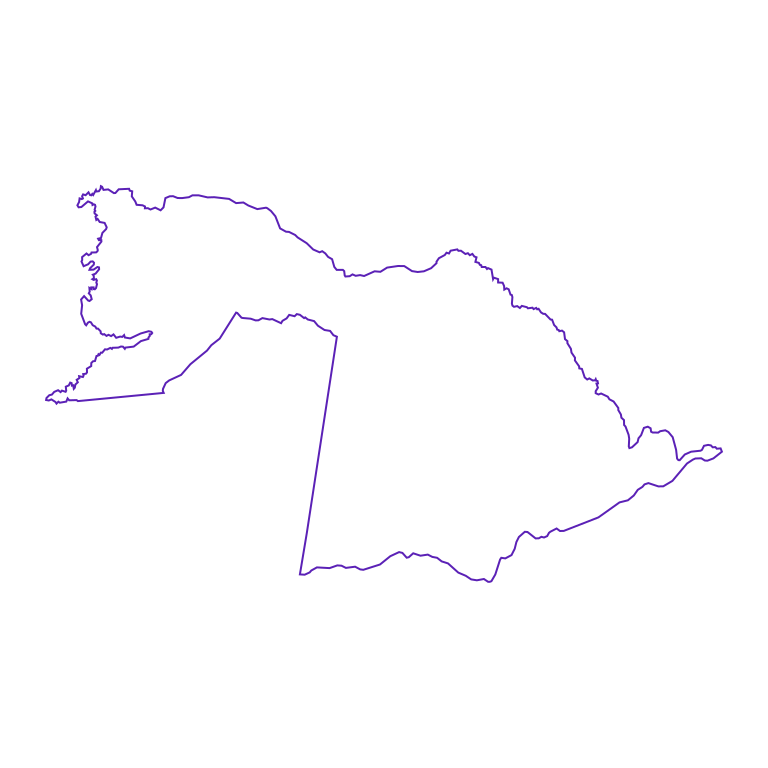 Barreiras, Bahia, Brazil (Equal Earth projection)
{"feature_id": "56859067B47709094289082", "entity_name": "Barreiras", "entity_type": "district", "adm_level": 2, "iso_a3": "BRA", "parent_name": "Brazil", "parent_adm1": "Bahia", "projection": "equal_earth", "projection_center": [-45.677, -12.014], "detail": "fine", "context": "isolated", "style": "outline", "palette": "violet", "viewbox_px": 768, "rotation_deg": 0, "n_neighbors": 0, "source": "geoboundaries", "source_scale": "gbopen_adm2", "svg_char_len": 5973}
<svg xmlns="http://www.w3.org/2000/svg" viewBox="0 0 768 768"><path d="M165.4,198.1L163.5,207.4L160.6,210.3L155.2,207.6L150.5,209.5L147.9,208.2L144.9,208.3L145.0,206.5L142.6,205.3L136.6,204.8L135.3,201.5L131.8,196.4L132.2,191.3L129.7,190.6L129.1,188.8L118.7,189.3L115.4,193.0L113.9,193.1L108.2,189.4L103.5,189.9L102.1,186.8L100.9,186.2L100.6,188.7L98.9,191.2L96.3,191.5L95.9,190.1L93.2,195.0L92.3,193.9L91.3,195.3L90.0,195.0L88.5,192.3L85.6,195.2L83.1,194.4L82.1,196.2L82.9,198.5L81.8,199.1L79.6,198.4L79.1,202.0L77.4,205.3L78.6,207.3L81.4,207.0L88.0,201.4L92.2,203.3L92.5,205.0L93.8,204.3L95.0,204.8L95.5,206.5L94.6,209.8L95.3,210.9L94.4,211.9L94.6,213.4L96.9,215.3L95.5,216.6L96.3,219.9L97.6,218.9L99.7,222.0L104.6,222.9L106.7,227.3L106.1,229.1L102.4,232.9L101.0,238.0L98.1,238.7L98.9,240.2L101.3,240.1L101.4,241.6L97.0,247.1L97.8,250.1L97.4,251.3L96.1,252.4L91.5,252.5L91.1,253.8L88.6,255.2L86.5,253.5L82.1,257.1L82.2,260.0L81.5,261.5L83.6,266.2L88.1,264.3L90.6,261.6L92.7,261.4L94.0,262.7L93.8,264.6L90.1,268.2L89.5,269.8L93.6,269.6L97.4,267.0L99.0,267.4L99.1,269.3L95.6,273.6L92.9,274.7L93.7,275.6L93.9,278.3L92.4,279.2L93.6,279.9L96.2,279.2L96.9,280.5L96.3,282.7L97.0,284.1L96.0,288.1L94.8,289.3L93.7,289.1L93.6,287.4L91.3,287.4L91.4,289.1L89.4,287.9L89.7,291.6L88.8,293.3L90.7,295.4L91.7,299.2L89.5,301.0L88.1,300.5L84.1,296.1L81.1,299.5L82.1,305.2L81.2,313.8L85.1,324.2L86.2,325.3L87.9,322.7L89.5,321.8L90.9,322.3L92.7,325.2L95.3,326.6L96.5,328.6L98.0,328.6L100.6,331.3L100.8,333.3L102.9,334.6L104.2,334.1L106.5,335.9L108.5,334.8L111.1,336.1L113.5,334.4L116.2,337.8L120.1,336.6L122.3,336.9L124.1,335.1L124.9,337.5L130.2,338.4L140.6,333.5L148.7,331.2L151.4,331.8L152.2,333.0L151.3,334.2L149.7,334.3L149.8,335.9L148.5,337.5L148.4,338.9L140.9,341.1L133.7,346.6L125.4,347.6L124.8,348.8L123.0,346.7L121.0,346.5L118.3,347.6L112.5,347.8L111.9,348.9L110.3,347.9L107.1,349.5L105.0,349.3L102.2,352.7L100.9,352.6L99.5,354.9L98.5,354.2L97.8,355.8L96.5,356.0L95.0,361.0L93.0,361.3L91.3,363.0L91.2,366.1L86.9,368.7L87.0,372.4L86.0,373.7L83.2,374.1L83.6,375.6L82.9,377.0L79.1,376.2L79.4,378.1L76.7,379.8L77.8,382.3L75.4,384.5L74.8,387.7L73.8,388.8L73.2,385.3L71.9,385.6L71.6,383.1L70.2,382.6L68.8,385.4L65.8,386.7L66.2,390.7L65.6,391.8L61.9,390.6L60.6,392.1L58.1,390.2L54.2,391.9L51.9,394.6L49.3,395.2L46.5,398.0L46.1,400.0L48.8,400.5L51.4,399.4L55.5,402.0L56.5,403.6L58.4,401.7L59.8,402.7L66.3,401.6L67.6,398.4L69.2,400.3L76.6,400.1L77.9,401.1L163.7,392.9L162.8,390.9L163.0,388.9L165.7,383.1L169.2,380.4L181.1,374.9L190.4,364.2L207.0,350.6L211.3,345.2L219.7,338.6L236.1,312.6L237.3,313.0L241.5,317.7L242.8,318.0L250.7,318.7L255.6,320.4L258.4,320.3L262.4,318.1L269.5,319.5L272.3,319.1L281.1,323.2L282.5,320.8L286.6,318.4L289.2,314.9L294.6,316.2L296.8,314.1L299.9,314.8L304.1,318.1L305.2,317.4L307.8,319.5L314.1,321.1L317.9,325.7L324.5,330.0L330.1,330.9L333.4,335.2L336.9,336.7L306.8,533.1L299.9,574.4L304.7,574.7L309.7,572.4L311.3,570.5L316.9,567.4L329.6,568.1L337.3,565.4L341.5,565.7L345.9,567.9L355.1,566.7L360.2,569.4L363.3,569.8L380.0,564.5L390.3,556.2L399.1,552.1L402.4,552.9L406.7,557.7L408.8,557.2L413.2,553.3L420.5,555.7L427.8,554.6L432.3,556.9L437.1,557.8L441.7,561.4L448.0,563.4L458.3,572.6L465.8,575.8L471.2,579.4L476.9,580.3L483.9,579.0L488.1,581.8L489.8,581.8L491.4,581.2L495.3,574.5L500.1,559.5L501.3,557.8L505.3,558.4L511.5,555.1L514.7,548.8L516.4,542.0L518.9,537.0L524.8,531.8L527.5,532.0L535.6,538.4L538.8,538.3L541.4,536.8L544.0,537.5L547.2,536.1L549.0,532.8L550.4,531.7L556.6,528.5L560.0,531.0L563.8,530.9L598.4,517.4L619.5,502.4L627.9,500.3L633.8,495.5L637.8,489.8L642.4,486.9L644.5,484.4L648.4,483.1L658.4,486.4L663.3,486.3L672.4,480.9L687.0,463.5L692.9,459.6L695.4,458.5L701.3,458.3L704.8,460.5L707.4,460.7L713.4,458.4L721.9,451.7L720.6,448.4L716.8,448.7L715.4,447.1L712.7,447.3L710.9,445.4L708.1,444.9L704.0,445.8L702.0,449.8L700.6,450.7L691.1,451.7L684.8,454.5L679.7,460.2L678.4,460.1L677.1,458.6L676.1,449.8L672.7,437.2L668.4,432.0L665.3,430.3L660.2,431.2L658.2,432.6L652.6,432.5L651.1,431.7L650.6,428.3L647.8,426.7L643.9,427.9L641.1,435.2L638.5,438.3L637.6,442.1L632.0,447.3L629.4,448.1L628.8,446.4L629.2,438.7L628.6,434.8L625.5,426.5L624.1,425.0L624.0,420.1L621.4,417.7L620.9,414.5L618.3,410.1L618.3,408.0L613.6,401.5L609.4,399.3L607.8,396.7L601.1,393.5L598.5,394.5L595.7,393.2L595.7,391.2L597.9,387.7L596.5,383.6L598.0,383.4L597.5,381.0L596.2,380.7L595.7,379.2L595.1,380.3L592.8,380.5L589.3,378.4L587.2,379.5L584.7,377.4L581.9,368.9L579.3,368.4L579.1,366.3L574.9,360.4L575.0,357.7L571.5,352.6L570.9,348.8L567.4,343.2L567.4,341.1L565.0,339.1L564.1,332.3L562.0,330.6L559.3,331.2L558.7,330.0L557.2,329.6L556.5,327.4L554.1,325.0L552.1,319.7L550.5,319.5L545.1,313.9L543.2,313.8L541.0,312.4L538.6,308.8L537.2,309.3L536.2,307.9L533.6,309.1L532.5,307.7L527.9,308.3L526.9,307.2L521.8,305.9L519.9,308.0L517.2,306.1L514.0,306.8L512.5,305.7L511.9,303.6L512.4,297.1L511.8,295.0L510.5,294.6L508.7,289.3L506.6,288.3L504.3,289.6L504.1,286.0L502.6,282.7L498.1,282.5L498.1,279.1L493.9,277.7L493.1,279.2L491.5,269.6L488.0,268.1L487.0,269.0L485.5,267.0L481.7,267.0L481.2,265.2L479.8,264.8L478.9,262.9L475.4,261.9L476.5,257.3L474.3,256.5L472.4,253.9L469.8,255.2L467.9,253.2L465.4,254.0L460.9,250.7L458.4,250.8L457.3,249.4L450.6,250.7L449.0,253.5L446.5,252.7L444.8,255.0L438.9,258.2L436.5,261.7L436.5,263.2L431.1,268.2L423.9,271.3L417.7,272.0L412.0,271.1L404.3,266.1L398.0,266.0L387.1,267.6L380.4,271.8L374.6,271.3L364.1,276.0L360.1,275.1L355.7,275.8L352.5,274.4L349.7,276.2L345.4,276.5L344.7,275.4L344.2,271.1L342.9,269.9L336.7,269.9L334.3,266.9L332.1,259.2L328.1,256.9L325.3,253.4L322.2,251.2L319.6,252.3L313.2,249.5L306.7,243.2L297.6,237.4L295.2,235.0L289.0,231.9L286.0,231.7L280.1,228.4L275.4,216.3L271.0,211.0L267.3,208.2L266.0,207.7L257.3,209.1L248.3,205.5L243.4,202.5L236.1,203.1L229.1,198.9L214.3,197.2L207.6,197.4L198.5,195.3L192.5,195.3L188.9,197.2L182.0,198.1L177.6,198.0L173.1,196.2L169.7,196.3L165.4,198.1Z" fill="none" stroke="#5b21b6" stroke-width="2"/></svg>